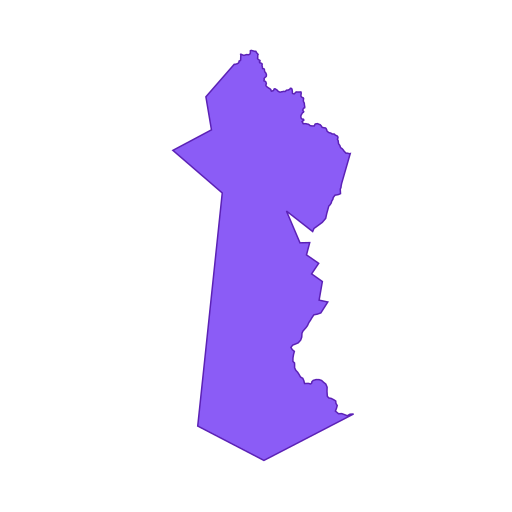 the district of Tambul/Nebilyer District, Western Highlands, Papua New Guinea, rotated 62°
{"feature_id": "67681753B52685318346080", "entity_name": "Tambul/Nebilyer District", "entity_type": "district", "adm_level": 2, "iso_a3": "PNG", "parent_name": "Papua New Guinea", "parent_adm1": "Western Highlands", "projection": "mercator", "projection_center": [144.032, -5.998], "detail": "fine", "context": "isolated", "style": "filled", "palette": "violet", "viewbox_px": 512, "rotation_deg": 62, "n_neighbors": 0, "source": "geoboundaries", "source_scale": "gbopen_adm2", "svg_char_len": 3465}
<svg xmlns="http://www.w3.org/2000/svg" viewBox="0 0 512 512"><g transform="rotate(62 256 256)"><path d="M330.3,214.2L324.6,221.0L309.7,209.4L297.9,215.3L291.9,204.1L278.7,210.9L269.4,202.3L265.0,211.0L230.6,208.0L261.0,194.5L258.9,191.9L257.4,181.6L255.5,176.8L251.8,173.7L246.1,168.3L245.6,166.7L244.5,164.7L243.1,163.4L242.0,161.5L240.6,160.3L239.4,157.7L240.0,155.9L240.5,154.1L240.6,152.1L236.5,150.2L235.5,148.9L233.8,147.7L232.0,146.2L209.8,124.7L209.6,125.4L207.9,127.3L207.6,128.2L204.5,129.1L203.7,129.1L201.6,129.6L200.6,130.2L199.5,130.4L197.9,130.1L195.6,130.4L192.7,129.3L191.1,129.3L190.6,128.7L190.1,128.1L189.1,127.8L188.0,128.0L186.6,129.2L185.1,129.6L183.9,131.6L183.1,131.9L182.2,132.6L181.6,133.4L181.0,133.9L179.1,134.6L178.7,134.6L177.6,134.3L176.2,134.3L175.5,134.6L174.8,135.6L173.5,137.2L171.8,137.3L170.2,137.7L169.0,138.8L168.0,139.5L167.3,141.5L167.3,141.9L168.5,143.5L167.4,145.6L166.2,147.1L164.9,147.5L164.0,148.1L163.5,148.9L162.7,149.7L162.1,150.7L161.4,152.2L160.9,152.3L159.8,152.0L159.1,152.3L158.7,151.2L158.6,150.1L158.2,149.9L157.5,149.9L156.9,150.9L156.2,151.2L155.2,151.4L154.0,151.0L153.0,150.3L151.3,147.6L151.4,146.8L151.0,146.1L149.1,146.3L147.8,144.5L148.0,143.5L147.4,143.0L145.3,142.3L143.7,141.6L142.1,141.6L141.1,141.3L139.2,140.0L138.4,140.1L137.9,140.7L136.4,141.3L135.4,141.0L133.4,139.6L132.3,139.3L132.0,139.7L131.6,140.7L130.5,142.7L130.0,143.5L130.2,144.4L130.8,146.0L130.2,147.0L129.4,147.4L127.7,146.6L125.6,145.9L124.8,146.0L124.2,146.5L124.1,147.0L124.6,147.9L124.6,149.8L124.2,150.5L123.9,151.3L124.2,152.1L124.4,153.1L123.9,153.9L123.5,154.5L123.4,155.3L123.0,156.3L122.7,157.9L121.9,158.5L120.8,159.2L119.6,159.4L118.8,159.8L117.3,160.7L117.0,161.4L118.1,162.9L118.0,163.5L117.9,164.8L117.3,165.1L116.2,164.8L115.6,164.9L114.7,165.3L113.4,166.1L111.8,166.9L110.7,167.2L109.7,167.1L108.8,166.0L107.1,165.6L106.3,165.7L105.8,166.1L105.2,166.7L104.6,166.5L104.0,165.8L103.2,165.6L102.8,165.0L102.3,162.8L101.9,162.3L100.6,161.6L99.1,161.4L97.9,161.7L96.6,161.6L95.2,161.0L94.4,161.1L93.9,161.7L93.6,162.2L92.9,162.0L91.7,161.5L90.7,161.3L89.9,160.7L89.3,160.4L88.5,160.7L87.7,161.3L87.0,162.0L86.1,161.8L85.7,160.8L85.2,160.7L83.4,161.8L82.3,161.8L82.0,161.8L81.5,161.2L79.8,160.4L79.0,159.5L76.5,160.1L75.3,160.0L75.0,160.3L74.8,160.9L72.2,163.7L72.1,164.6L73.0,165.1L74.3,165.8L74.9,166.8L74.8,168.2L73.7,169.8L73.4,171.5L73.2,172.5L72.0,173.6L70.7,174.6L70.7,174.9L71.7,175.2L75.8,177.6L76.1,178.0L76.0,178.7L75.9,179.3L76.4,179.8L77.1,180.3L77.4,181.1L77.4,182.4L77.1,183.9L77.0,184.6L76.5,185.2L91.9,225.5L123.7,236.1L123.7,279.8L141.2,273.0L184.5,256.2L240.7,294.1L325.5,351.3L378.8,387.3L440.2,345.0L441.3,244.0L439.8,247.3L439.9,250.4L438.1,251.9L435.4,254.3L434.0,257.2L430.2,258.7L428.4,256.6L426.2,254.5L423.6,254.6L421.5,253.7L419.6,254.7L417.0,256.5L415.6,258.3L413.4,258.9L408.9,256.9L405.2,254.8L401.8,254.5L399.3,255.6L396.7,256.5L394.8,258.3L393.3,261.0L393.0,262.6L392.7,263.8L393.2,265.6L394.4,266.6L394.6,267.9L393.1,269.5L391.4,273.0L388.5,272.3L386.0,272.1L383.7,273.5L380.5,273.6L378.2,273.8L375.7,274.5L372.8,274.4L370.2,273.0L368.5,272.2L366.4,272.9L363.3,271.2L360.6,269.1L358.2,266.9L355.8,267.9L353.1,268.1L351.9,265.4L352.2,262.8L352.5,259.5L351.2,256.0L349.1,253.7L345.8,251.7L344.4,249.9L343.5,247.6L342.7,245.4L341.6,243.2L339.6,240.6L338.3,238.1L336.8,235.7L335.1,232.5L336.1,229.3L336.7,225.5L330.3,214.2Z" fill="#8b5cf6" stroke="#5b21b6" stroke-width="1.5"/></g></svg>